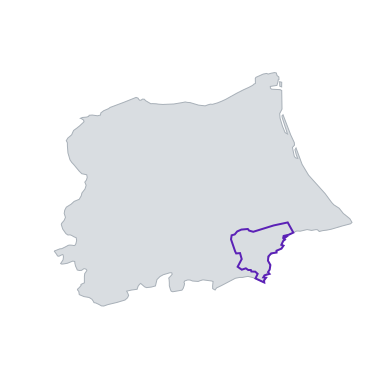 Cavally highlighted on a map of Ivory Coast, rotated 256°
{"feature_id": "CIV-3459", "entity_name": "Cavally", "entity_type": "Department", "adm_level": 1, "iso_a3": "CIV", "parent_name": "Ivory Coast", "parent_adm1": "", "projection": "equal_earth", "projection_center": [-7.856, 6.298], "detail": "coarse", "context": "in_parent", "style": "outline", "palette": "violet", "viewbox_px": 384, "rotation_deg": 256, "n_neighbors": 0, "source": "natural_earth", "source_scale": "10m", "svg_char_len": 4211}
<svg xmlns="http://www.w3.org/2000/svg" viewBox="0 0 384 384"><g transform="rotate(256 192 192)"><path d="M108.4,70.1L109.4,70.0L112.1,69.0L114.5,66.7L116.7,61.8L119.7,57.8L123.1,58.1L124.1,57.4L125.3,57.3L126.7,59.8L128.2,61.8L129.2,61.9L129.9,65.6L136.2,67.2L138.8,68.2L141.1,70.9L141.8,71.0L142.8,70.4L143.5,69.4L143.7,68.4L142.7,65.9L143.1,63.7L144.1,61.8L145.7,61.6L148.1,61.1L150.9,61.1L153.0,61.4L153.8,59.5L153.0,53.9L153.2,50.9L153.5,48.3L154.3,47.2L157.4,50.5L160.2,51.6L162.2,51.7L162.7,51.1L161.9,47.6L162.1,46.5L162.9,45.9L164.2,45.6L167.8,44.1L168.1,44.4L168.8,50.0L168.5,51.8L169.3,55.6L170.2,59.1L170.1,60.5L169.4,62.7L168.5,64.7L168.6,65.5L170.0,66.9L172.8,68.3L175.6,68.6L177.2,66.5L178.8,64.9L179.9,63.4L180.3,61.2L182.1,59.6L187.3,57.6L192.0,57.3L193.1,57.9L195.3,61.0L198.0,63.1L202.1,62.8L205.1,64.1L207.7,66.4L209.4,71.7L211.4,75.4L212.2,80.8L215.2,83.7L217.6,84.9L220.8,88.9L224.1,90.9L227.5,90.4L229.1,92.4L231.6,93.9L234.2,94.0L236.4,89.5L239.3,87.7L246.8,84.1L249.7,82.5L252.7,81.4L259.9,81.1L266.6,82.2L270.0,83.0L272.2,82.4L274.4,84.6L276.6,89.1L278.5,90.5L280.4,92.1L281.8,95.6L283.4,99.1L284.3,100.7L286.3,104.2L288.0,104.2L289.7,102.7L290.5,101.6L290.8,103.9L290.2,107.6L290.3,109.9L291.3,110.8L290.8,113.8L288.8,118.8L288.8,121.8L290.8,122.7L292.2,125.9L293.1,131.3L293.9,133.1L294.0,134.3L295.5,147.4L297.3,160.6L296.2,162.3L294.7,162.8L293.7,163.4L293.4,164.6L294.1,166.4L293.6,168.1L291.7,169.2L287.6,173.4L287.3,175.1L286.2,178.7L285.3,180.8L284.0,184.9L281.8,195.6L281.1,204.4L281.0,207.2L280.1,209.1L279.2,211.8L274.7,219.4L272.4,225.6L272.7,228.3L272.8,231.1L272.1,233.0L272.3,238.3L272.9,242.7L273.7,247.0L277.0,259.2L278.7,266.6L279.8,272.6L280.8,276.6L281.7,278.2L282.0,279.8L286.9,280.9L287.8,281.8L289.2,289.6L289.0,293.1L288.0,294.4L288.1,297.4L287.9,301.1L287.1,302.6L284.4,302.7L282.6,304.1L280.1,303.6L279.9,302.7L278.6,302.3L274.9,300.2L275.5,293.5L273.8,293.2L272.5,294.1L270.0,302.2L268.8,303.6L250.7,299.4L246.8,296.0L242.1,295.3L233.9,295.7L227.1,296.7L225.2,298.7L242.2,297.5L244.1,297.7L244.9,299.0L223.4,301.6L215.2,303.2L212.7,302.8L210.9,300.2L201.9,299.9L200.1,300.7L199.0,302.7L202.5,302.2L208.1,302.1L209.6,303.6L192.2,305.5L180.1,309.2L175.0,311.9L158.2,320.8L148.0,325.0L145.3,326.5L140.6,330.9L134.6,333.6L127.9,338.7L123.8,339.9L122.8,338.2L122.7,329.6L122.2,318.0L122.4,313.6L122.9,309.4L122.9,305.9L125.0,304.6L125.5,303.2L125.8,298.7L127.7,294.6L127.8,287.4L128.3,286.0L128.8,284.1L127.9,279.4L126.9,270.5L126.4,270.0L125.9,270.3L124.8,270.5L120.6,267.5L117.4,266.9L115.1,264.3L114.9,261.4L113.8,259.6L113.0,256.2L111.9,252.2L108.7,249.9L105.7,249.3L103.5,249.8L101.0,249.6L98.1,248.3L96.1,246.8L94.3,244.0L92.5,241.7L91.1,241.9L89.4,241.4L87.8,240.4L87.2,239.6L94.2,230.4L96.6,225.9L96.8,223.2L96.9,220.4L97.6,217.6L97.8,213.2L94.0,197.6L93.0,192.7L91.9,191.3L91.3,190.7L93.2,188.7L95.9,189.3L100.1,190.8L101.0,189.3L104.1,181.4L104.0,178.4L103.7,176.4L105.5,171.0L107.0,168.9L107.7,166.6L107.5,163.5L106.4,162.4L104.9,162.6L103.2,161.8L100.6,160.1L99.2,158.5L99.7,151.3L99.9,149.1L100.8,147.8L102.3,147.5L106.4,147.3L109.7,148.1L112.6,148.6L114.1,148.6L115.4,150.7L117.0,152.9L118.5,152.8L119.0,151.2L118.7,144.2L117.7,140.4L115.5,136.8L109.7,133.8L109.6,129.5L110.2,124.8L111.4,123.1L115.7,120.1L115.0,118.6L113.6,116.9L110.9,115.2L111.5,109.6L111.6,104.6L109.3,105.2L107.0,105.5L105.0,103.9L103.4,100.9L103.0,92.6L103.1,83.1L102.7,78.8L103.4,76.6L105.4,74.5L107.6,71.8L108.4,70.1ZM277.8,303.7L276.8,305.6L272.3,304.4L273.4,302.8L277.8,303.7Z" fill="#d9dde1" stroke="#a8b0b8" stroke-width="1"/><path d="M86.7,240.2L92.8,232.7L96.7,235.9L99.4,234.1L100.5,230.4L102.1,230.2L102.7,227.7L104.9,225.8L104.6,221.5L108.4,218.2L114.9,224.0L121.1,223.8L121.7,220.0L123.9,219.5L136.6,218.4L140.4,220.0L140.5,223.2L142.8,226.3L143.6,230.8L142.6,237.2L140.7,238.1L138.6,241.8L139.8,263.2L139.3,277.5L128.1,280.5L127.1,275.6L127.2,270.3L126.0,269.7L125.5,272.2L124.4,269.7L123.3,270.6L122.4,268.6L119.1,265.9L117.8,267.8L115.4,265.1L114.6,259.8L112.8,259.4L113.3,254.0L111.0,250.5L106.9,249.1L102.2,250.4L97.9,248.6L95.9,246.4L93.8,247.4L93.6,242.2L91.9,240.5L90.9,243.1L88.8,240.5L86.7,240.2Z" fill="none" stroke="#5b21b6" stroke-width="2"/></g></svg>